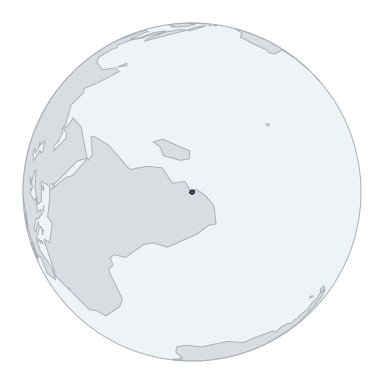 eSwatini on an orthographic globe, rotated 270°
{"feature_id": "SWZ", "entity_name": "eSwatini", "entity_type": "country or territory", "adm_level": 0, "iso_a3": "SWZ", "parent_name": "Africa", "parent_adm1": "", "projection": "orthographic", "projection_center": [31.569, -26.526], "detail": "fine", "context": "on_globe", "style": "filled", "palette": "slate", "viewbox_px": 384, "rotation_deg": 270, "n_neighbors": 0, "source": "natural_earth", "source_scale": "50m", "svg_char_len": 5280}
<svg xmlns="http://www.w3.org/2000/svg" viewBox="0 0 384 384"><g transform="rotate(270 192 192)"><circle cx="192" cy="192" r="169" fill="#eef3f6" stroke="#a8b0b8"/><path d="M24.0,173.8L24.8,171.6L25.0,176.3L24.6,181.3L25.5,179.8L25.6,182.4L31.9,175.7L37.4,176.8L38.7,186.2L37.1,201.3L42.5,227.4L41.4,242.8L45.8,253.6L53.0,272.4L51.8,276.3L56.9,281.0L60.2,287.4L60.7,290.8L64.9,295.5L65.5,297.9L68.0,299.1L75.1,308.1L80.2,311.2L86.9,317.9L90.3,319.5L90.6,320.4L92.5,322.4L94.7,323.7L92.9,324.7L85.4,320.2L80.9,316.4L81.2,317.3L71.1,307.7L73.6,310.6L62.0,299.0L53.0,287.4L39.4,264.6L34.2,252.4L29.9,239.7L26.7,226.8L24.4,213.7L23.2,200.4L23.1,187.1L24.0,173.8ZM97.9,323.9L94.0,325.2L95.3,324.1L91.1,320.3L95.0,320.4L97.9,323.9ZM87.8,313.1L85.9,309.7L86.9,309.8L88.5,312.2L87.8,313.1ZM173.8,24.0L173.6,24.0L171.8,24.3L173.4,24.3L166.5,26.0L161.3,27.0L160.9,26.0L153.5,27.6L155.5,27.0L173.8,24.0ZM347.0,124.8L347.4,125.8L344.9,120.2L345.1,121.7L352.6,141.3L353.6,145.6L352.3,148.3L351.6,144.9L344.9,130.1L346.2,139.4L351.4,153.5L353.2,166.1L350.4,158.7L348.2,147.5L345.8,142.0L344.7,133.3L339.2,118.2L336.2,116.9L334.7,111.9L326.7,98.6L321.4,96.7L314.2,102.7L316.1,115.4L312.3,119.1L300.6,96.4L295.4,84.0L291.1,83.3L279.1,71.1L258.3,65.2L255.4,62.1L251.4,62.5L243.0,58.6L238.5,54.2L233.3,53.8L245.4,65.8L250.9,66.6L255.5,63.4L257.8,67.7L266.0,73.1L256.9,81.2L226.0,86.9L223.1,77.5L200.0,54.4L200.7,52.2L200.3,51.6L198.1,55.1L194.2,51.3L206.5,65.7L208.5,72.6L225.6,87.4L224.0,88.8L229.5,92.3L247.3,91.0L247.4,94.2L238.9,108.6L214.4,129.8L217.7,147.0L216.1,162.2L200.9,172.3L202.5,185.1L194.7,189.7L194.3,197.2L188.2,205.6L177.9,214.1L160.1,216.0L158.8,208.9L149.6,196.4L136.8,167.4L141.1,153.3L139.5,143.7L126.6,125.4L129.4,113.9L126.0,110.2L119.0,112.9L115.1,108.8L110.9,109.8L84.7,122.5L77.0,119.4L68.3,105.9L73.2,96.8L74.5,89.3L108.5,55.1L115.3,53.6L141.6,44.7L144.8,44.7L141.2,49.5L160.5,52.2L167.3,47.6L185.3,49.7L197.6,49.6L202.9,41.4L182.7,41.4L179.7,37.9L196.3,34.8L213.9,36.1L213.3,34.9L202.6,31.7L207.1,30.2L198.9,30.7L201.9,31.8L196.9,32.4L193.8,31.4L195.5,30.8L190.3,30.3L183.5,34.3L185.9,35.9L172.0,37.4L174.5,40.4L170.5,42.3L164.8,38.0L165.7,36.3L154.7,33.8L152.5,35.6L162.8,38.3L159.4,38.4L156.5,41.6L156.0,39.2L145.4,36.5L133.2,40.3L116.8,51.4L109.8,54.4L104.3,55.4L111.0,47.2L125.9,41.4L128.5,39.2L126.2,38.2L130.9,36.8L131.8,35.9L137.5,34.2L146.2,30.7L152.0,29.3L156.1,27.3L159.7,26.6L156.2,27.8L157.0,28.2L171.7,26.1L174.8,25.5L176.2,24.6L180.1,24.5L179.6,23.9L188.4,23.4L177.3,23.8L178.7,23.6L191.0,23.0L203.3,23.4L215.6,24.7L227.7,26.9L239.7,29.9L251.4,33.8L262.7,38.6L273.7,44.1L284.3,50.5L294.4,57.6L303.9,65.4L312.8,73.9L321.1,83.0L328.7,92.7L335.6,103.0L341.7,113.7L347.0,124.8ZM96.4,68.6L95.3,70.8L96.4,68.6ZM232.6,42.8L243.2,45.0L238.5,39.9L242.2,40.5L239.3,38.8L238.1,39.6L230.9,35.3L235.5,35.2L234.3,33.7L230.7,32.9L223.4,34.0L233.6,39.8L231.1,41.1L232.6,42.8ZM131.0,34.5L132.7,34.0L130.2,35.2L122.7,38.3L126.3,36.4L131.0,34.5ZM135.7,33.2L137.4,32.1L142.1,30.6L139.2,31.5L142.1,30.6L138.2,32.0L141.0,32.1L139.0,33.2L126.3,37.5L131.6,35.3L129.6,35.7L135.7,33.2ZM148.7,42.5L151.3,42.3L155.3,41.5L153.6,43.7L148.7,42.5ZM141.3,40.6L143.6,39.9L143.1,42.2L140.5,42.7L141.3,40.6ZM145.4,37.8L143.8,39.7L143.1,38.9L145.4,37.8ZM158.5,27.3L161.0,26.8L159.5,27.5L158.5,27.3ZM199.2,42.6L195.4,44.1L193.7,43.3L195.3,43.0L199.2,42.6ZM173.2,43.1L179.0,43.7L172.7,43.7L173.2,43.1ZM259.8,265.8L260.3,269.2L257.9,268.6L259.8,265.8ZM244.8,162.8L233.0,189.8L225.1,189.1L223.7,180.3L228.2,163.6L237.4,159.9L242.0,153.2L244.8,162.8ZM358.4,213.7L358.4,217.1L358.3,217.8L358.4,213.7ZM358.6,208.4L358.9,211.7L358.3,209.5L358.6,208.4ZM358.9,213.0L359.1,214.8L359.2,215.0L359.0,216.3L358.9,213.0ZM358.3,206.4L354.9,195.2L353.1,189.1L353.9,187.4L356.9,195.0L358.3,206.4ZM353.8,187.0L350.4,173.4L342.8,144.3L345.6,147.5L352.9,168.7L352.6,170.4L354.6,180.0L353.8,187.0ZM360.1,175.0L360.2,177.9L360.8,186.2L360.3,189.3L359.8,195.5L358.3,188.7L357.4,184.9L356.9,174.4L357.2,171.1L358.1,173.5L359.2,168.0L359.9,172.9L360.1,175.0ZM316.8,117.0L320.7,126.8L318.4,126.8L316.8,117.0ZM358.7,164.2L358.7,164.3L358.6,164.1L358.7,164.2ZM349.0,129.7L348.2,128.0L347.3,125.9L347.9,126.8L349.0,129.7ZM304.6,318.0L302.4,319.9L303.5,318.8L309.8,313.1L307.3,315.5L304.6,318.0ZM314.2,308.6L314.0,308.8L317.8,304.5L325.6,295.2L325.1,295.5L328.2,291.8L326.2,293.9L330.8,287.5L334.0,281.9L330.0,275.0L330.8,269.9L334.2,266.2L342.1,248.8L342.2,250.3L346.7,240.3L351.1,242.0L355.4,234.4L353.8,240.5L349.5,253.1L344.3,265.2L338.1,276.9L331.0,288.1L323.0,298.7L314.2,308.6ZM358.4,221.5L358.2,221.3L358.6,219.9L358.4,221.5ZM360.9,196.5L360.9,196.9L360.3,206.4L360.1,208.2L360.8,198.1L360.1,205.1L360.1,203.3L360.6,195.7L360.9,189.3L360.9,187.6L361.0,190.3L360.9,189.5L360.9,194.9L360.9,195.4L360.9,196.5Z" fill="#d9dde1" stroke="#a8b0b8" stroke-width="1"/><path d="M193.0,190.3L193.3,190.5L193.3,190.8L193.3,191.1L193.3,191.3L193.3,191.5L193.3,191.8L193.4,192.0L193.4,192.9L193.2,192.8L193.0,193.3L193.0,193.9L193.0,194.3L192.5,194.3L191.7,194.3L191.2,194.1L190.7,193.7L190.3,193.2L190.2,192.8L190.0,192.7L189.9,192.3L189.9,191.8L190.0,191.7L190.4,191.1L190.6,190.7L190.7,190.4L191.0,190.0L191.4,189.7L191.5,189.7L192.2,190.1L192.8,190.4L193.0,190.3Z" fill="#64748b" stroke="#1e293b" stroke-width="1.5"/></g></svg>